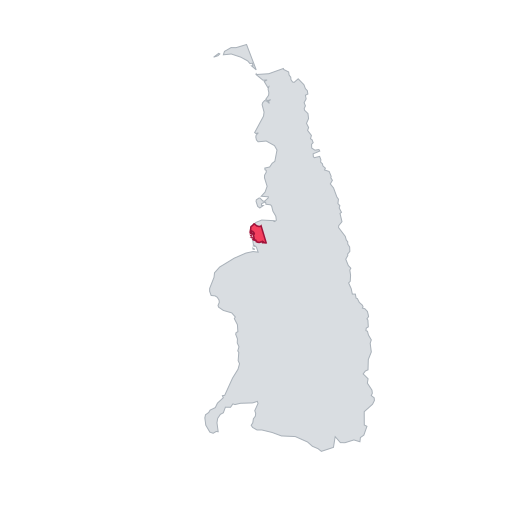 Patagones, Buenos Aires, Argentina (highlighted), rotated 164°
{"feature_id": "61730980B24175536898784", "entity_name": "Patagones", "entity_type": "district", "adm_level": 2, "iso_a3": "ARG", "parent_name": "Argentina", "parent_adm1": "Buenos Aires", "projection": "orthographic", "projection_center": [-62.373, -40.182], "detail": "fine", "context": "in_parent", "style": "filled", "palette": "rose", "viewbox_px": 512, "rotation_deg": 164, "n_neighbors": 0, "source": "geoboundaries", "source_scale": "gbopen_adm2", "svg_char_len": 7348}
<svg xmlns="http://www.w3.org/2000/svg" viewBox="0 0 512 512"><g transform="rotate(164 256 256)"><path d="M304.5,152.1L301.5,157.0L302.0,160.3L299.1,168.1L299.7,169.8L297.4,173.4L298.0,177.6L296.7,181.4L297.1,186.4L296.2,187.9L294.3,188.2L292.8,195.1L294.1,201.8L292.7,203.1L295.0,208.0L302.4,212.7L306.1,217.2L306.1,219.0L304.0,221.6L303.7,223.9L304.6,227.0L306.4,229.0L310.0,230.4L310.3,234.8L309.5,237.6L302.2,247.1L300.5,251.3L294.0,255.4L277.6,259.9L264.9,261.6L257.6,261.1L252.9,259.1L253.2,264.7L255.6,266.3L254.4,266.4L255.4,267.4L254.8,272.1L253.3,272.9L252.2,276.7L252.3,280.1L253.7,282.8L252.3,285.5L246.9,288.3L240.6,289.0L228.7,284.9L229.2,284.2L228.5,283.9L226.6,284.8L226.0,288.7L227.4,294.5L227.2,299.6L227.9,301.2L232.2,303.0L231.9,305.1L233.4,305.3L236.3,304.7L236.7,303.1L235.1,302.5L239.1,301.1L240.7,303.2L240.9,308.5L240.2,309.9L237.1,310.9L236.2,310.6L234.3,307.0L232.7,306.3L228.3,308.4L227.8,309.5L234.5,312.0L229.7,314.9L226.1,319.9L226.3,328.8L225.5,331.3L223.0,333.8L222.6,335.5L223.6,336.4L223.3,338.1L218.3,337.8L214.9,340.7L211.8,341.8L206.6,352.1L207.8,357.0L214.5,363.7L222.5,365.2L223.6,367.5L223.4,370.4L222.6,372.1L219.8,373.8L222.2,373.7L223.3,375.0L210.2,388.4L208.6,392.1L208.4,399.8L207.4,401.5L204.8,403.1L202.8,401.7L201.1,399.0L201.3,401.3L198.8,402.3L201.9,402.1L203.5,403.9L199.6,407.0L198.6,409.5L198.4,413.1L197.0,415.2L198.2,414.7L200.0,421.5L196.8,422.2L200.8,423.0L206.0,430.5L205.6,431.1L205.4,430.3L193.5,427.7L178.0,428.7L178.0,427.7L173.9,423.9L174.3,420.8L173.3,418.3L173.8,416.0L172.9,413.2L171.5,412.4L166.6,414.7L162.7,407.4L162.4,403.3L161.1,400.8L161.5,397.4L164.2,396.9L164.5,393.2L167.5,390.1L167.1,386.7L169.0,384.5L169.2,382.8L166.8,378.6L167.6,373.6L170.9,369.6L170.0,365.0L171.8,362.5L169.5,356.6L171.3,353.7L170.1,352.4L169.8,349.2L171.8,348.1L172.7,344.4L170.2,341.5L166.2,341.0L165.8,339.3L172.9,338.5L173.5,335.8L172.9,334.4L167.4,334.2L167.1,330.7L168.0,328.4L166.7,326.3L166.9,324.2L165.1,321.3L166.4,319.8L162.4,317.1L161.8,311.9L162.5,310.5L161.7,307.7L164.7,304.8L162.7,300.0L162.0,290.4L161.1,287.9L162.8,283.8L161.5,281.3L162.8,279.2L161.8,274.4L163.5,273.8L163.9,265.3L168.1,262.4L168.8,260.6L164.8,250.3L164.8,246.3L163.9,244.5L164.5,242.1L163.5,238.8L164.5,234.6L167.4,232.6L167.6,231.2L170.6,228.2L169.9,221.4L168.2,218.1L169.7,216.6L170.4,211.4L172.4,205.7L174.4,204.6L173.5,198.4L173.9,192.8L171.0,192.0L171.4,187.9L170.3,187.1L169.5,182.9L167.3,179.4L167.1,177.7L168.1,176.6L165.9,175.3L164.2,172.0L164.3,168.9L164.5,166.7L166.7,165.0L166.1,163.5L167.6,156.9L169.9,156.3L170.9,154.0L169.6,152.9L169.7,149.0L168.3,143.6L170.3,140.6L171.6,132.0L176.6,125.5L179.7,115.7L182.6,115.3L185.5,113.1L182.1,107.1L184.0,103.1L181.5,95.1L182.0,92.0L183.7,90.1L181.5,87.1L182.0,84.5L184.8,81.4L194.9,76.5L198.5,63.7L196.3,61.7L201.7,54.1L205.7,52.7L207.3,48.8L212.6,52.2L221.8,52.0L226.3,53.3L229.7,60.5L234.3,50.7L247.0,50.2L249.5,53.7L254.3,57.6L257.7,63.0L268.0,71.6L281.1,76.0L289.1,81.9L298.4,87.2L303.0,88.5L306.5,92.1L307.3,94.6L305.1,96.5L303.4,100.2L300.8,102.2L299.7,104.7L299.8,107.7L294.7,113.7L294.8,115.9L299.7,115.7L311.5,118.7L317.2,119.0L319.0,120.2L322.2,117.6L327.1,119.1L330.6,114.3L333.9,113.6L337.6,110.5L339.5,106.4L340.8,97.5L342.7,98.3L346.0,97.4L348.9,99.4L350.9,107.2L349.8,114.5L348.3,117.3L344.6,118.6L342.6,120.5L336.9,121.5L333.6,125.2L326.5,128.8L326.8,131.0L324.5,130.7L312.2,145.1L304.5,152.1ZM206.8,461.9L204.5,434.9L207.9,440.0L206.5,439.7L206.3,442.3L208.8,442.7L210.2,445.8L215.9,451.4L224.1,457.0L231.9,458.4L229.9,461.4L222.5,463.2L217.9,461.8L206.8,461.9ZM235.1,460.2L237.4,459.0L241.9,458.8L236.0,461.1L235.1,460.2ZM257.0,263.3L256.9,264.5L255.2,262.7L257.0,263.3Z" fill="#d9dde1" stroke="#a8b0b8" stroke-width="1"/><path d="M242.6,265.8L242.8,283.3L242.9,283.2L243.0,283.2L243.0,283.3L243.3,283.3L243.5,283.3L243.7,283.5L243.9,283.4L244.5,283.4L244.8,283.5L245.0,283.5L245.4,283.7L245.5,283.9L245.7,284.0L246.0,284.1L246.2,284.3L246.5,284.4L246.6,284.5L246.9,284.6L247.0,284.7L247.0,284.9L247.2,285.0L247.3,285.3L247.6,285.6L247.9,286.0L248.0,286.2L248.1,286.3L248.2,286.5L248.4,286.7L248.4,287.0L248.5,287.2L248.9,287.4L249.3,287.4L249.7,287.0L250.8,286.4L251.3,286.1L252.1,285.9L252.4,285.8L253.0,285.3L253.2,284.8L253.4,284.1L253.5,283.9L253.6,283.6L253.8,283.3L253.8,283.1L254.0,282.7L254.4,282.3L254.4,281.9L254.4,281.7L253.6,281.1L253.0,280.9L253.0,281.0L253.4,281.1L253.5,281.2L253.7,281.3L253.6,281.5L253.5,281.4L253.4,281.4L253.4,281.5L253.3,281.4L253.2,281.1L252.9,280.8L253.0,280.8L253.0,280.7L252.7,280.5L252.3,280.4L252.2,280.2L252.0,279.9L252.0,279.7L251.9,279.6L251.8,279.4L251.7,279.3L251.7,279.1L251.6,278.8L251.6,278.7L251.4,278.5L251.4,278.4L251.4,278.1L251.6,277.9L251.7,277.7L251.8,277.5L251.8,277.4L252.0,277.2L252.3,277.2L252.5,277.0L252.5,276.9L252.8,276.6L252.9,276.3L252.9,276.2L252.8,275.9L252.8,275.5L252.8,275.4L252.7,275.3L252.7,275.2L252.8,275.1L252.8,274.8L252.8,274.7L252.9,274.4L252.9,274.2L252.8,273.8L252.8,273.7L253.0,273.5L252.9,273.5L252.9,273.3L252.9,273.2L253.1,273.0L253.1,272.7L253.3,272.5L253.5,272.5L253.5,272.4L253.4,272.4L253.2,272.1L253.3,272.0L253.6,272.0L253.6,271.9L253.2,271.7L252.9,271.8L252.8,271.7L252.7,271.6L252.5,271.4L252.5,271.5L252.3,271.5L252.3,271.4L252.5,271.3L252.4,271.2L252.2,271.2L252.3,271.0L252.2,270.9L251.9,270.8L251.5,270.4L251.4,270.2L251.4,269.9L251.5,269.9L251.4,269.7L251.5,269.6L251.3,269.5L251.3,269.3L251.0,269.1L250.9,268.9L250.5,268.8L250.3,268.7L250.2,268.6L250.0,268.4L249.9,268.4L249.5,268.3L249.4,268.4L249.2,268.3L248.9,268.1L248.7,268.0L248.3,268.1L248.2,268.1L247.9,268.2L247.8,268.3L247.7,268.3L247.5,268.1L247.2,268.0L246.9,268.1L246.7,268.2L246.4,268.0L246.3,267.9L246.2,268.0L246.2,267.9L246.0,267.7L245.9,267.8L245.8,267.7L245.6,267.7L245.7,267.4L245.5,267.5L245.4,267.6L245.5,267.4L245.4,267.4L245.2,267.4L245.3,267.2L245.2,266.9L245.1,266.7L244.9,266.6L244.7,266.8L244.4,266.5L244.2,266.5L244.1,266.4L243.8,266.2L243.7,266.1L243.2,265.9L242.7,265.8L242.6,265.8ZM254.6,279.1L254.5,278.8L254.4,278.9L254.2,279.4L254.2,279.8L254.4,279.8L254.5,279.8L254.5,279.7L254.8,279.3L254.8,279.2L254.7,279.2L254.7,279.3L254.7,279.2L254.6,279.1ZM254.4,280.1L254.2,279.9L254.1,280.0L254.1,280.3L253.9,280.5L253.9,280.8L254.0,280.9L254.1,280.7L254.3,280.7L254.2,280.6L254.3,280.6L254.6,280.1L254.4,280.2L254.4,280.1ZM255.0,276.5L255.0,276.3L255.0,276.2L255.0,275.9L254.9,276.1L254.8,276.3L254.8,276.5L255.0,277.0L255.2,276.9L255.0,276.7L255.0,276.5ZM252.9,277.9L252.7,278.3L252.7,278.5L252.9,278.6L252.9,278.4L253.0,278.2L252.9,277.9ZM253.4,278.1L253.2,278.1L253.3,278.2L253.2,278.3L253.0,278.5L253.5,278.2L253.4,278.1ZM253.7,272.6L253.9,272.8L254.3,272.7L254.2,272.5L253.9,272.6L253.7,272.6ZM254.5,274.5L254.8,274.7L254.6,274.7L254.5,274.5ZM252.5,277.5L252.6,277.4L252.6,277.2L252.5,277.3L252.5,277.5ZM252.7,277.1L252.9,277.0L253.0,276.7L252.8,276.9L252.7,276.9L252.6,277.0L252.7,277.1ZM254.6,280.0L254.5,279.9L254.5,280.0L254.4,280.0L254.5,280.0L254.6,280.0ZM255.3,277.6L255.4,277.4L255.3,277.5L255.3,277.6ZM252.5,277.1L252.7,276.9L252.5,277.0L252.5,277.1ZM252.6,278.7L252.6,278.8L252.6,278.7ZM254.9,279.2L255.0,279.2L254.9,279.2L254.9,279.2ZM252.6,277.0L252.7,276.9L252.8,276.9L252.7,276.9L252.6,277.0ZM254.8,279.5L254.8,279.4L254.8,279.5ZM254.9,272.8L255.0,272.7L254.9,272.8L254.9,272.8Z" fill="#f43f5e" stroke="#9f1239" stroke-width="1.5"/></g></svg>